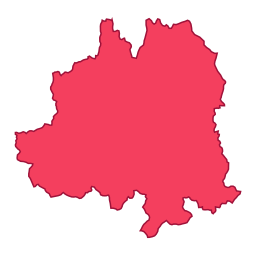 outline of Lipis, Pahang, Malaysia
{"feature_id": "92858781B59638700004022", "entity_name": "Lipis", "entity_type": "district", "adm_level": 2, "iso_a3": "MYS", "parent_name": "Malaysia", "parent_adm1": "Pahang", "projection": "albers", "projection_center": [101.906, 4.344], "detail": "fine", "context": "isolated", "style": "filled", "palette": "rose", "viewbox_px": 256, "rotation_deg": 0, "n_neighbors": 0, "source": "geoboundaries", "source_scale": "gbopen_adm2", "svg_char_len": 5583}
<svg xmlns="http://www.w3.org/2000/svg" viewBox="0 0 256 256"><path d="M52.7,73.3L53.4,77.7L53.4,80.4L52.9,82.5L52.2,83.8L51.6,85.6L50.7,87.0L50.7,89.2L52.3,92.4L53.4,94.3L53.1,96.3L52.5,98.2L53.5,99.9L55.5,100.6L56.7,101.7L55.9,103.5L55.9,105.4L56.5,106.6L56.5,107.8L56.7,108.9L57.7,110.8L57.6,112.5L56.5,113.7L55.0,114.9L53.5,116.5L53.7,118.5L51.9,121.2L52.0,123.3L51.7,125.1L49.8,125.2L48.3,124.5L44.8,123.9L44.2,125.2L42.4,127.5L41.1,128.1L39.3,128.7L37.2,129.3L35.5,130.3L33.8,131.4L31.3,130.8L29.5,130.9L27.8,132.0L26.2,133.5L25.0,132.4L23.2,131.8L20.8,132.9L18.7,133.3L16.7,132.4L15.4,132.5L15.4,134.3L16.9,135.3L16.7,136.3L16.4,137.3L16.9,138.3L17.0,138.9L16.3,140.0L15.8,140.8L16.1,141.8L16.2,142.8L15.4,144.9L15.7,146.5L18.0,149.1L19.4,150.0L20.3,151.7L19.2,153.3L17.5,154.9L17.1,158.0L17.5,159.6L20.6,161.3L23.4,161.5L26.0,162.2L28.3,163.4L30.7,163.4L32.8,163.9L32.5,165.5L30.9,167.4L29.5,168.8L29.2,171.4L28.8,173.7L28.8,176.3L30.4,178.6L33.9,186.8L35.3,186.4L36.8,184.7L38.2,184.4L39.5,186.1L44.0,188.5L44.9,188.9L45.4,190.6L46.6,192.1L49.3,193.7L50.0,195.4L51.0,197.1L58.0,195.7L59.6,195.2L61.0,194.6L62.1,193.4L63.3,192.5L64.9,193.9L66.9,195.1L69.0,196.0L71.8,196.9L73.9,197.0L75.6,196.7L77.5,197.3L79.5,198.4L81.3,198.1L83.7,196.1L84.9,194.5L85.6,192.7L87.6,192.7L88.5,191.6L91.0,191.2L91.8,190.0L91.0,188.0L91.8,186.5L94.3,187.1L96.1,189.7L97.5,190.6L99.9,192.5L100.7,194.8L102.8,195.7L105.0,195.8L106.4,195.7L107.7,195.2L108.6,195.2L109.4,197.2L109.5,199.9L110.3,203.4L110.9,208.2L113.1,208.2L115.8,208.9L117.2,210.0L119.4,209.5L121.1,208.5L122.1,206.5L122.6,204.6L123.8,202.8L125.3,201.3L127.1,199.9L127.1,198.4L128.3,196.7L129.8,198.2L132.0,198.1L133.1,196.9L134.1,194.2L134.0,192.5L133.8,190.7L136.7,190.3L138.7,191.8L140.2,193.4L142.6,194.2L144.1,194.2L146.0,194.9L145.4,196.7L146.9,198.8L145.7,200.7L145.3,203.4L143.9,205.3L142.7,207.1L144.1,208.8L145.1,210.7L146.0,213.0L148.0,214.3L149.0,215.5L149.6,217.3L149.0,220.0L147.1,221.2L145.7,222.7L143.8,224.4L142.6,226.3L141.4,228.9L140.3,230.7L141.8,230.8L143.9,231.6L145.4,233.1L147.2,235.4L147.7,237.3L149.3,237.3L152.2,236.7L154.6,235.8L156.2,234.1L157.7,231.4L158.2,228.6L160.4,225.9L161.0,224.8L162.4,223.2L164.2,222.1L166.4,220.5L168.5,222.7L170.1,224.2L171.9,224.7L173.5,224.1L174.9,224.1L176.2,224.1L178.2,224.7L180.1,224.5L182.5,223.8L185.2,223.2L187.0,222.6L188.4,220.5L190.2,217.6L192.0,216.3L191.5,214.5L189.9,212.7L187.8,211.6L186.3,210.9L184.9,210.7L183.3,208.8L182.5,207.0L182.7,206.0L183.4,204.6L183.6,203.2L184.1,201.9L183.7,200.7L183.0,199.3L183.1,197.9L184.8,197.5L185.8,197.9L187.4,197.6L188.5,196.9L189.7,197.6L190.2,198.7L191.9,200.2L194.3,200.7L196.4,200.6L198.0,203.6L198.3,204.8L198.7,207.5L200.8,207.4L202.4,206.9L202.4,208.4L203.1,209.6L204.9,209.8L206.8,209.7L208.2,209.6L209.6,210.1L211.4,210.2L211.5,211.5L212.0,212.9L213.2,213.7L214.1,212.6L215.4,211.6L215.8,210.3L215.6,208.7L215.5,206.9L216.9,207.2L219.6,207.6L220.3,206.5L220.5,205.0L222.2,203.3L222.8,203.5L225.9,203.6L226.7,202.1L227.3,200.9L229.8,201.2L232.2,203.0L234.0,200.2L234.3,199.6L236.3,197.6L237.9,195.5L240.0,193.9L240.6,191.5L238.8,191.3L236.6,190.9L235.8,189.4L234.9,187.3L233.1,186.2L230.9,186.2L229.1,187.4L227.3,187.4L225.0,186.5L224.0,184.9L223.8,183.1L222.8,181.7L223.1,180.1L224.4,178.6L225.0,176.8L225.6,174.0L226.5,173.0L227.6,171.2L228.5,169.2L228.5,167.3L228.6,162.8L227.1,162.0L226.7,159.6L225.2,157.8L223.1,155.1L221.8,153.8L222.6,151.2L222.4,149.1L221.7,147.6L220.0,146.6L219.4,144.8L220.5,143.0L219.7,141.2L218.2,140.3L217.8,138.0L219.1,135.9L219.3,134.4L217.8,134.0L217.8,133.1L218.2,131.1L216.0,131.7L214.6,132.2L214.0,130.5L214.3,128.7L215.4,126.7L216.0,124.6L214.8,123.0L213.4,122.1L213.0,120.7L213.0,118.0L213.3,116.1L215.2,114.4L215.1,113.1L214.2,111.3L214.3,108.6L217.0,108.1L218.4,108.3L220.0,107.8L219.6,107.2L219.7,105.6L222.3,105.7L224.5,105.7L224.4,104.4L223.2,103.0L221.4,101.4L220.3,99.3L221.2,97.3L221.4,96.0L222.3,93.0L222.9,91.2L223.5,88.8L223.5,86.4L223.9,84.6L225.3,83.2L225.6,82.0L224.7,80.5L223.2,79.6L222.1,78.1L220.6,75.1L217.6,71.2L214.8,65.3L214.5,63.7L214.9,61.3L216.0,58.1L217.2,53.2L214.8,53.4L211.3,51.7L209.7,49.6L206.6,47.5L204.0,44.9L204.0,41.2L199.8,37.2L194.6,34.6L191.8,30.9L191.6,28.1L190.9,24.1L189.5,21.3L187.6,20.3L185.3,21.3L181.7,22.4L178.5,23.8L176.1,24.6L173.5,24.3L172.6,26.2L171.4,28.3L169.1,28.3L167.9,26.0L166.3,24.8L164.9,26.2L162.5,25.5L160.6,22.9L159.7,19.6L157.8,18.9L156.4,21.0L155.7,23.1L154.1,24.1L152.4,22.7L151.5,20.8L149.1,18.7L146.1,20.3L146.1,25.0L146.8,28.3L147.0,30.4L146.3,33.2L144.9,38.6L144.2,40.7L144.0,42.8L143.5,45.0L142.1,46.1L140.2,47.5L138.8,50.4L138.1,52.2L137.4,55.0L136.3,58.3L132.0,57.4L131.6,55.7L130.6,52.5L129.9,49.6L131.3,46.8L131.1,45.0L129.4,42.8L127.3,42.1L125.2,41.0L124.5,38.2L123.6,38.4L121.9,39.6L120.1,39.1L119.1,36.5L119.4,33.5L118.9,30.9L117.3,30.4L115.4,31.4L113.3,31.4L112.6,28.5L112.6,26.7L113.0,23.9L112.0,19.5L111.6,20.5L110.0,19.7L106.5,19.1L106.2,19.4L105.8,21.1L103.8,21.1L102.2,20.2L101.9,22.0L100.7,24.1L100.4,26.3L100.5,31.3L101.1,33.2L100.8,34.9L100.1,36.4L99.8,37.6L99.8,39.4L99.9,41.5L100.8,43.4L100.5,45.7L99.5,47.5L99.2,49.7L98.9,52.0L98.4,53.4L98.1,54.9L96.9,55.8L95.7,55.6L95.6,57.7L95.0,58.8L92.4,58.2L89.4,56.1L87.9,57.0L88.4,58.0L87.2,59.1L85.4,59.4L83.3,60.0L80.5,61.7L78.9,61.8L77.5,62.5L76.0,63.0L74.8,62.7L74.2,63.7L73.7,64.8L73.0,66.1L72.6,69.2L71.9,70.4L70.6,71.4L68.3,72.7L67.1,72.6L65.7,72.1L64.5,72.4L63.9,73.4L62.2,74.4L61.1,75.6L60.2,74.6L59.7,73.4L59.3,72.2L57.9,71.5L57.0,71.9L55.7,72.1L54.6,72.2L53.9,72.9L52.7,73.3Z" fill="#f43f5e" stroke="#9f1239" stroke-width="1.5"/></svg>